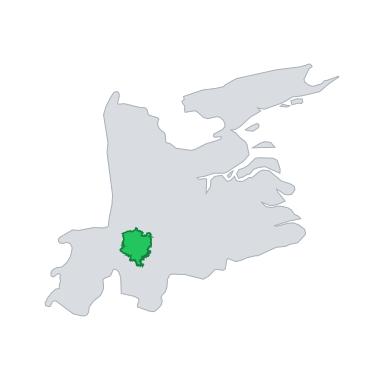 Bogra, Rajshahi, Bangladesh (highlighted), rotated 264°
{"feature_id": "16705992B87441692505107", "entity_name": "Bogra", "entity_type": "district", "adm_level": 2, "iso_a3": "BGD", "parent_name": "Bangladesh", "parent_adm1": "Rajshahi", "projection": "mercator", "projection_center": [89.284, 24.83], "detail": "fine", "context": "in_parent", "style": "filled", "palette": "green", "viewbox_px": 384, "rotation_deg": 264, "n_neighbors": 0, "source": "geoboundaries", "source_scale": "gbopen_adm2", "svg_char_len": 9413}
<svg xmlns="http://www.w3.org/2000/svg" viewBox="0 0 384 384"><g transform="rotate(264 192 192)"><path d="M128.2,279.9L128.2,270.1L121.7,250.7L122.0,248.6L120.7,239.3L119.0,234.1L118.2,228.6L122.1,220.7L120.5,219.4L111.9,217.0L110.9,214.9L112.7,207.1L106.5,199.6L104.1,194.1L110.7,176.2L112.4,163.7L111.9,161.3L107.8,158.5L100.6,157.3L95.5,155.0L92.6,151.5L90.1,150.0L87.0,151.1L83.0,149.7L79.7,146.2L76.9,141.9L78.0,137.2L83.2,126.1L85.1,125.8L89.7,127.9L91.4,127.9L94.3,123.5L98.5,111.0L113.1,112.1L116.5,111.7L120.2,110.7L122.2,109.1L123.3,107.1L122.9,105.4L118.4,103.0L116.7,101.2L115.5,96.2L114.1,94.3L105.4,94.1L100.8,91.7L98.3,89.7L93.9,82.8L88.3,77.7L83.1,76.5L81.0,74.9L79.9,72.3L80.6,68.5L83.2,61.2L97.7,45.5L98.1,43.7L97.5,41.7L93.3,39.2L93.0,37.9L94.2,34.6L96.6,34.2L101.6,37.2L106.7,42.1L109.7,46.4L109.8,49.8L113.8,50.5L117.1,52.0L120.5,51.6L122.7,52.4L124.2,52.1L124.8,50.1L121.9,45.2L123.3,43.1L126.6,43.2L129.0,45.1L130.8,48.9L131.1,54.8L135.0,60.2L140.1,64.0L144.1,65.7L149.0,67.0L153.1,65.8L155.2,62.0L154.3,58.7L154.9,55.7L156.6,54.1L159.2,54.2L161.1,56.5L166.8,69.3L165.6,75.0L166.9,90.5L165.5,100.7L166.3,104.6L167.3,105.3L175.8,107.2L188.1,111.2L197.6,112.7L240.2,111.6L249.6,113.6L278.0,112.1L285.8,115.3L294.2,120.6L299.0,124.5L299.8,126.7L299.3,128.7L297.7,129.7L294.8,129.7L288.1,127.2L287.0,128.0L286.9,134.0L281.4,149.3L280.7,154.0L278.8,155.8L273.1,156.8L269.4,165.6L267.9,166.7L264.2,164.8L261.9,165.1L259.0,165.9L256.1,168.0L254.1,170.5L251.9,171.4L243.9,171.2L242.4,175.3L237.2,180.7L233.6,194.9L233.9,199.2L238.3,210.5L241.3,225.1L242.5,226.6L244.0,226.8L244.1,220.0L245.6,219.2L247.4,219.9L251.1,229.0L253.3,231.3L256.6,231.9L260.3,230.5L263.1,227.9L264.3,225.0L263.3,215.2L265.1,211.2L271.5,205.2L272.5,203.4L272.0,193.5L274.5,193.1L277.8,193.9L281.9,191.6L283.2,191.5L284.9,194.0L287.9,193.6L292.3,213.2L292.6,227.0L293.6,234.7L295.2,236.4L300.1,247.9L304.7,288.1L305.2,313.5L307.1,322.2L305.5,324.1L304.0,324.5L302.5,321.4L292.1,315.0L289.5,315.7L286.0,319.4L284.5,322.9L285.2,327.8L286.3,332.6L288.8,335.3L289.0,338.3L291.8,349.7L290.9,349.8L285.3,339.4L278.4,329.2L276.1,310.9L276.0,301.9L271.2,291.2L266.8,272.6L268.7,266.0L265.4,268.8L260.2,257.6L252.1,246.7L249.7,241.8L249.6,237.1L246.1,241.8L241.3,245.2L236.4,250.2L233.2,251.7L222.9,252.6L216.9,245.9L208.4,229.4L207.3,225.7L208.4,216.0L206.4,206.8L205.8,198.6L204.3,199.4L203.7,201.6L204.0,205.0L203.4,207.9L189.1,206.0L195.2,210.9L201.8,212.0L205.2,216.3L205.4,223.5L198.9,227.9L199.5,231.5L203.2,236.0L198.7,237.2L197.5,240.1L197.4,244.3L200.5,250.6L200.0,253.1L205.4,261.4L206.4,265.3L205.1,270.9L193.4,282.3L190.0,290.3L187.2,294.1L183.6,294.7L179.2,291.0L179.1,287.0L180.0,283.9L186.1,276.4L182.8,277.4L173.3,283.7L171.5,278.6L170.3,274.0L170.3,268.2L174.9,259.7L169.7,264.0L168.3,269.3L168.9,275.6L168.3,280.0L166.2,285.8L163.5,289.2L159.0,291.5L157.1,294.9L154.1,297.4L153.0,285.8L149.8,270.0L149.1,273.4L150.8,283.2L150.7,289.5L148.3,294.5L143.3,299.9L139.6,300.7L137.4,299.8L130.4,291.7L129.8,284.1L128.2,279.9ZM214.5,280.1L205.8,282.0L201.4,281.4L209.6,267.2L209.4,260.9L208.1,255.7L203.9,251.5L203.6,248.6L201.7,244.5L200.8,239.7L205.4,238.2L209.2,240.9L210.6,246.3L212.5,250.4L219.0,258.7L218.9,263.8L217.1,276.3L214.5,280.1ZM233.1,275.4L227.8,279.2L229.6,256.8L233.5,265.2L234.5,269.6L233.1,275.4ZM253.4,264.3L251.1,265.8L248.9,264.5L246.1,259.2L247.5,252.5L248.4,251.6L251.7,258.4L253.4,264.3ZM273.0,311.3L270.0,311.6L268.5,310.0L269.2,307.8L268.4,300.6L272.3,299.8L273.7,305.9L273.0,311.3ZM269.7,291.2L267.4,298.3L266.6,295.1L268.1,288.8L269.7,291.2ZM207.7,232.8L208.6,235.1L203.7,232.1L202.4,230.0L204.6,228.9L207.7,232.8Z" fill="#d9dde1" stroke="#a8b0b8" stroke-width="1"/><path d="M158.0,118.8L157.7,119.3L157.2,119.2L156.1,118.6L155.7,118.6L155.4,118.9L155.2,118.9L154.6,119.0L154.4,118.9L154.2,119.1L154.3,119.2L154.0,119.2L153.9,119.3L152.6,119.1L152.3,119.2L152.1,119.0L152.2,118.9L151.7,119.2L151.4,119.2L150.8,118.9L150.6,118.7L150.3,118.6L150.2,118.1L149.4,118.0L149.3,118.4L148.8,118.4L148.7,118.3L148.9,118.2L148.7,118.1L148.5,117.8L148.3,117.8L148.4,118.2L148.3,118.3L148.1,118.0L148.4,117.5L148.3,117.2L147.8,117.4L147.7,117.5L147.9,117.5L147.7,117.6L147.5,117.4L147.1,117.4L146.9,117.8L146.8,117.3L146.5,117.2L146.3,116.8L146.1,117.1L145.6,117.1L145.8,117.7L145.4,117.6L145.2,117.7L145.1,118.8L145.0,118.6L144.9,118.6L144.9,118.4L144.7,118.1L144.1,117.7L143.7,117.7L143.4,116.9L143.6,116.5L143.3,116.5L143.3,116.3L143.1,116.1L142.9,115.8L142.7,116.0L142.5,115.8L142.2,115.9L142.5,115.7L142.7,115.3L142.5,115.2L142.3,114.6L141.8,114.7L141.5,115.0L141.1,115.0L140.8,114.8L140.7,115.0L140.4,115.3L140.1,115.6L139.6,116.7L139.2,116.8L138.4,117.7L138.2,117.6L138.0,117.8L138.2,118.5L137.9,118.8L137.8,119.4L137.8,119.8L137.5,120.3L137.1,120.4L136.4,119.8L136.4,120.1L136.7,120.1L136.5,120.4L136.1,120.6L136.0,121.1L135.5,121.4L135.9,121.4L136.0,121.6L135.5,121.5L135.2,121.7L135.2,122.0L135.6,122.2L135.0,122.4L134.6,123.1L134.7,123.3L134.8,123.3L135.0,123.5L134.9,123.8L135.1,123.9L135.0,124.3L135.1,124.6L134.8,124.5L134.6,124.0L131.8,124.2L132.0,123.5L131.6,123.4L131.6,123.2L131.4,123.1L131.2,123.3L131.1,123.1L130.8,123.0L130.7,123.5L130.1,123.6L130.2,124.4L130.4,124.3L130.4,124.5L129.9,125.1L130.0,125.3L129.8,125.4L129.9,125.6L130.1,125.6L130.1,126.2L130.4,126.2L130.4,126.7L130.7,126.7L130.5,127.1L130.6,127.4L130.2,127.6L129.7,127.3L129.4,127.7L129.7,127.8L129.8,128.2L130.1,128.2L130.2,128.3L129.7,128.4L129.5,128.6L129.0,128.4L128.8,128.7L128.6,128.7L128.4,129.1L128.2,128.9L128.0,129.0L127.9,128.9L127.6,128.9L127.6,129.1L127.4,129.3L126.7,129.3L126.4,129.7L126.2,129.7L126.1,129.2L125.7,129.3L125.2,129.2L124.5,129.5L124.4,129.8L124.5,130.4L124.6,130.8L125.0,130.8L125.1,131.0L124.8,131.1L124.6,131.0L124.2,131.1L124.3,131.9L124.7,132.1L124.8,132.3L124.5,132.3L124.5,133.0L124.2,133.0L124.6,133.3L124.4,133.4L124.4,133.9L124.0,134.4L124.0,134.9L123.8,134.9L124.1,135.4L123.8,135.4L124.4,135.8L124.4,135.5L124.7,135.3L125.2,135.5L125.1,134.9L125.3,134.9L125.5,134.3L125.9,134.3L126.2,134.4L126.4,134.1L126.7,134.0L126.7,133.5L126.9,133.4L127.5,133.5L128.0,133.0L128.3,133.0L128.4,133.5L128.6,133.2L128.8,133.5L129.0,133.4L129.3,133.4L129.3,133.2L129.5,133.2L130.0,133.2L130.1,133.4L129.8,134.0L129.8,134.4L130.1,134.5L129.9,134.7L130.1,134.8L130.1,135.0L130.5,135.1L130.1,135.3L129.9,135.7L130.5,136.1L130.3,136.3L130.2,136.2L130.1,136.4L129.8,136.3L129.8,136.9L130.6,136.5L131.0,136.8L131.0,137.1L131.3,137.1L131.7,137.1L131.6,136.8L131.2,136.7L131.4,136.6L132.1,136.8L132.2,137.2L132.3,136.5L132.2,136.4L132.2,136.6L131.9,136.3L132.0,136.2L131.8,136.3L132.1,136.1L132.2,135.9L132.1,135.7L132.3,135.6L132.3,135.9L132.5,136.1L132.8,135.9L133.2,135.8L133.2,136.5L132.9,136.5L133.0,136.8L132.9,137.1L132.4,137.3L132.5,137.5L132.2,137.8L132.5,137.9L132.2,138.0L132.4,138.5L132.6,138.5L132.4,138.8L132.7,138.7L132.8,139.1L133.2,139.0L133.3,138.7L133.5,138.6L133.8,138.7L133.8,139.0L134.0,139.2L134.0,139.5L133.8,139.7L133.4,139.7L133.4,139.4L132.9,139.5L132.9,140.2L132.5,140.4L132.6,141.0L132.7,141.4L132.8,141.8L133.0,142.1L133.4,142.2L133.3,142.4L133.1,142.5L133.5,142.5L133.5,142.4L134.3,142.2L134.2,141.8L134.5,141.7L134.4,141.6L134.2,141.5L134.3,140.9L134.6,141.0L134.8,140.8L135.2,140.6L135.3,140.8L135.3,141.2L135.6,141.2L135.9,141.2L135.8,141.5L136.2,141.5L136.0,141.9L135.7,141.9L135.7,142.4L135.5,142.7L135.8,142.7L135.9,143.2L136.1,142.8L136.5,142.7L136.5,143.3L136.3,143.5L136.5,143.5L136.6,144.0L136.8,144.2L136.9,144.5L137.6,144.3L137.4,144.1L137.5,143.9L137.5,143.7L137.8,143.3L138.4,143.1L138.4,142.7L138.1,142.6L138.1,142.3L138.4,142.3L138.6,142.0L138.5,141.8L139.1,141.8L139.2,142.0L139.3,142.1L139.6,141.8L139.7,142.0L140.3,142.1L140.5,142.2L140.5,142.3L140.5,142.6L141.0,142.7L141.1,143.5L142.1,143.5L141.9,144.1L142.0,144.6L142.3,145.0L142.2,145.1L142.4,145.1L142.3,145.3L142.5,145.3L142.4,145.6L142.6,145.7L142.9,145.4L142.9,145.7L143.5,145.8L143.7,145.7L143.8,145.8L144.0,145.7L144.3,145.9L144.5,146.0L144.8,145.9L145.3,145.8L145.3,146.1L145.8,146.1L146.1,145.9L146.1,145.6L146.9,145.6L147.0,145.9L147.2,146.1L148.4,146.3L148.5,146.5L148.9,146.4L149.3,146.5L149.3,146.1L149.9,145.8L150.1,146.0L150.5,146.0L151.1,145.8L151.8,146.1L151.7,146.9L152.0,146.5L152.3,146.3L152.1,145.9L152.2,145.4L152.6,146.0L153.0,146.0L153.0,146.3L153.3,146.3L153.4,145.9L153.9,146.0L153.9,146.3L154.1,146.4L154.4,146.2L154.4,146.3L154.5,146.2L155.0,146.0L155.1,145.9L155.2,146.0L155.3,145.7L155.7,145.5L155.9,145.1L155.7,144.8L155.9,144.3L155.6,143.7L155.8,143.1L155.4,142.8L155.1,142.8L154.7,142.3L154.1,142.3L153.5,142.5L153.1,142.5L153.2,142.1L153.4,142.2L153.6,142.0L153.4,141.2L153.8,140.5L153.0,140.6L152.9,140.5L153.2,139.9L153.4,139.7L153.1,139.4L153.2,139.2L153.5,139.0L153.6,138.8L153.8,138.5L153.8,138.4L153.6,138.3L153.4,138.0L153.4,137.7L153.8,137.3L153.9,138.0L154.0,138.3L154.3,138.0L155.2,137.8L155.4,137.8L155.5,138.1L155.9,138.2L156.0,138.6L156.2,138.8L156.3,138.6L156.5,138.5L156.9,138.7L157.7,137.8L157.9,137.8L157.9,137.4L157.5,137.0L158.0,136.9L158.3,136.6L158.7,136.4L158.4,135.4L159.0,135.3L158.8,134.9L159.3,134.5L159.4,133.4L159.6,133.3L161.4,133.7L162.2,132.5L161.1,132.0L159.9,130.9L159.7,130.5L159.6,129.9L159.1,128.9L159.0,128.0L158.7,127.6L159.3,127.2L159.6,126.8L159.9,126.8L159.8,126.1L159.5,125.9L159.3,125.4L159.6,124.4L159.5,123.3L159.3,122.8L158.7,122.1L158.7,121.0L158.0,118.8Z" fill="#22c55e" stroke="#15803d" stroke-width="1.5"/></g></svg>